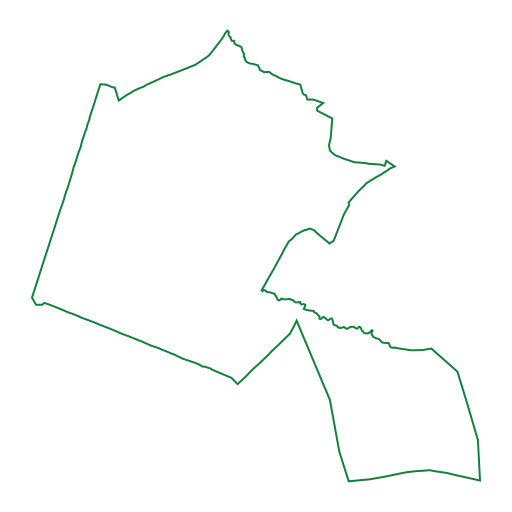 San Lorenzo Albarradas, Oaxaca, Mexico
{"feature_id": "50627088B11055345087016", "entity_name": "San Lorenzo Albarradas", "entity_type": "district", "adm_level": 2, "iso_a3": "MEX", "parent_name": "Mexico", "parent_adm1": "Oaxaca", "projection": "mercator", "projection_center": [-96.232, 16.89], "detail": "fine", "context": "isolated", "style": "outline", "palette": "green", "viewbox_px": 512, "rotation_deg": 0, "n_neighbors": 0, "source": "geoboundaries", "source_scale": "gbopen_adm2", "svg_char_len": 4226}
<svg xmlns="http://www.w3.org/2000/svg" viewBox="0 0 512 512"><path d="M431.4,348.6L422.2,350.1L411.3,350.3L396.8,348.1L394.6,347.5L394.0,347.9L390.9,347.4L390.0,346.3L389.3,344.2L388.4,342.9L386.0,343.0L382.1,342.5L379.0,339.1L375.6,338.1L373.2,336.8L371.6,334.1L371.4,332.6L372.6,330.9L371.8,330.3L370.6,331.7L368.2,333.3L365.6,333.4L364.0,332.9L361.6,330.0L360.8,327.6L359.1,326.7L357.6,328.5L356.5,328.6L353.7,326.8L350.3,326.9L347.5,328.7L346.6,328.8L343.8,327.0L341.1,328.0L339.5,327.8L337.8,327.3L337.2,326.0L333.7,324.7L332.1,318.5L330.8,318.5L328.6,320.0L327.5,320.0L324.1,317.1L323.3,317.0L321.0,318.8L320.1,319.1L319.5,318.7L319.4,316.2L317.7,314.7L316.4,313.2L315.1,312.6L314.1,312.2L313.6,310.9L310.9,310.6L310.1,310.6L306.7,310.0L303.8,308.9L305.3,305.7L305.3,304.8L303.8,304.1L301.4,304.4L299.9,303.0L300.1,302.1L296.4,302.4L295.5,302.3L294.6,301.8L293.1,300.2L291.1,299.8L290.1,298.9L285.3,299.4L282.6,299.1L281.6,298.5L280.3,299.7L279.1,300.5L277.6,299.6L276.9,298.4L276.3,296.3L275.5,295.7L274.7,293.9L270.5,292.5L267.1,292.1L265.1,290.4L264.5,290.2L263.4,290.2L263.2,290.3L263.0,290.2L262.6,291.1L262.4,290.9L261.6,290.4L271.9,272.2L273.7,269.2L275.6,265.5L282.3,253.3L284.9,248.2L285.7,246.8L288.9,241.4L291.5,239.3L293.1,237.7L295.9,234.5L298.2,233.5L301.8,231.4L303.4,230.8L303.5,230.7L304.6,230.0L306.5,230.0L308.1,228.9L309.6,228.6L311.1,229.1L313.1,229.8L314.3,230.4L315.2,231.2L316.6,232.8L329.5,243.5L333.6,240.9L343.9,214.5L349.1,205.1L348.6,202.4L358.0,191.7L367.3,182.5L367.7,182.4L376.4,177.0L379.1,175.6L381.0,174.5L388.3,169.8L389.9,168.5L394.7,166.5L386.3,160.8L385.9,161.9L384.8,165.7L384.6,165.8L381.4,164.9L380.8,164.6L373.9,164.1L373.2,164.2L371.2,163.9L368.6,163.8L367.6,163.5L364.6,163.0L360.9,162.7L354.8,162.2L353.4,161.9L351.7,161.4L349.3,160.5L344.3,158.9L339.2,156.8L335.5,155.4L332.7,153.2L330.0,150.7L328.9,145.3L329.0,145.1L330.6,138.6L332.3,118.5L317.2,110.7L317.1,107.8L323.2,103.0L312.9,99.5L307.4,99.6L305.9,95.2L303.6,94.4L302.7,93.3L300.4,84.7L298.4,84.1L296.4,83.5L296.1,83.5L288.9,81.1L287.8,80.7L286.4,80.4L285.3,80.2L284.5,79.8L281.2,78.7L280.3,78.3L278.5,77.4L277.3,76.8L275.6,75.7L275.3,75.6L274.3,75.4L273.8,75.2L271.7,73.9L271.2,73.5L269.3,72.0L267.9,71.9L264.2,72.2L260.7,70.3L260.1,70.1L258.1,65.4L255.6,64.7L252.5,63.8L249.4,63.4L246.7,62.0L245.5,60.7L245.2,59.5L244.7,58.1L244.7,57.3L243.8,56.8L243.9,53.7L242.8,52.0L241.4,47.0L237.7,45.4L236.5,45.0L234.6,43.6L233.9,40.8L231.8,40.8L230.6,38.5L230.7,37.4L229.4,36.3L229.1,35.8L228.5,34.4L228.8,32.0L227.3,30.7L225.0,33.5L223.7,36.1L221.8,39.0L220.4,40.9L219.1,42.6L216.7,45.4L215.9,46.8L209.1,55.3L207.1,56.9L195.5,64.7L182.1,70.1L169.1,75.1L168.5,75.1L165.9,76.3L163.9,76.7L158.0,79.6L152.2,82.3L146.9,84.6L143.0,87.0L141.2,87.5L134.0,90.7L129.2,93.7L127.2,94.7L119.0,100.3L118.7,100.5L118.6,100.2L116.9,94.6L116.2,91.9L114.7,87.5L112.7,87.3L106.4,84.7L100.4,84.2L96.7,95.5L96.1,97.6L96.0,97.8L93.4,106.1L91.1,113.1L89.9,116.6L89.4,118.8L89.4,119.6L89.3,119.8L87.4,124.8L86.4,129.0L85.2,131.7L84.5,133.8L84.4,134.4L81.9,141.4L81.5,143.4L80.8,146.6L78.9,151.4L74.8,164.3L74.8,164.6L73.6,167.3L72.5,171.7L70.7,177.9L67.5,188.5L66.9,189.7L65.0,195.3L63.9,199.4L63.0,201.9L61.6,206.3L61.2,207.2L61.0,207.4L48.0,248.0L46.8,251.5L32.0,297.7L36.1,304.8L42.4,304.7L44.3,302.9L46.8,303.7L51.1,305.3L55.5,307.0L61.8,309.6L66.2,311.5L68.7,312.5L73.0,314.0L78.8,316.3L78.7,316.4L80.6,317.4L85.7,319.2L94.8,322.6L96.1,323.2L99.7,324.7L112.0,329.5L121.4,333.6L129.0,336.4L136.7,339.5L140.3,340.9L144.1,342.5L150.1,345.2L151.4,345.7L152.2,346.0L156.8,347.5L159.5,348.5L160.7,349.1L166.2,351.3L172.8,354.1L173.0,354.0L182.2,358.4L183.0,358.8L196.2,363.2L196.2,363.4L198.3,364.1L202.8,366.7L204.3,366.5L210.8,368.6L211.4,369.3L216.1,371.4L231.4,377.8L236.3,382.9L237.6,384.1L246.6,375.8L247.0,375.3L249.4,372.7L253.3,368.8L259.6,363.2L267.9,355.2L270.9,352.0L275.0,348.0L277.2,346.1L285.6,337.9L290.1,333.5L294.3,325.5L294.4,325.3L296.6,320.7L329.9,399.9L339.3,451.6L348.7,481.3L369.9,479.3L383.6,476.9L406.5,472.2L416.7,471.1L423.3,470.7L429.5,470.2L432.3,470.7L435.7,471.3L447.5,473.1L453.4,474.6L470.6,478.4L480.0,480.5L477.9,440.0L467.2,403.5L457.4,371.6L431.4,348.6Z" fill="none" stroke="#15803d" stroke-width="2"/></svg>